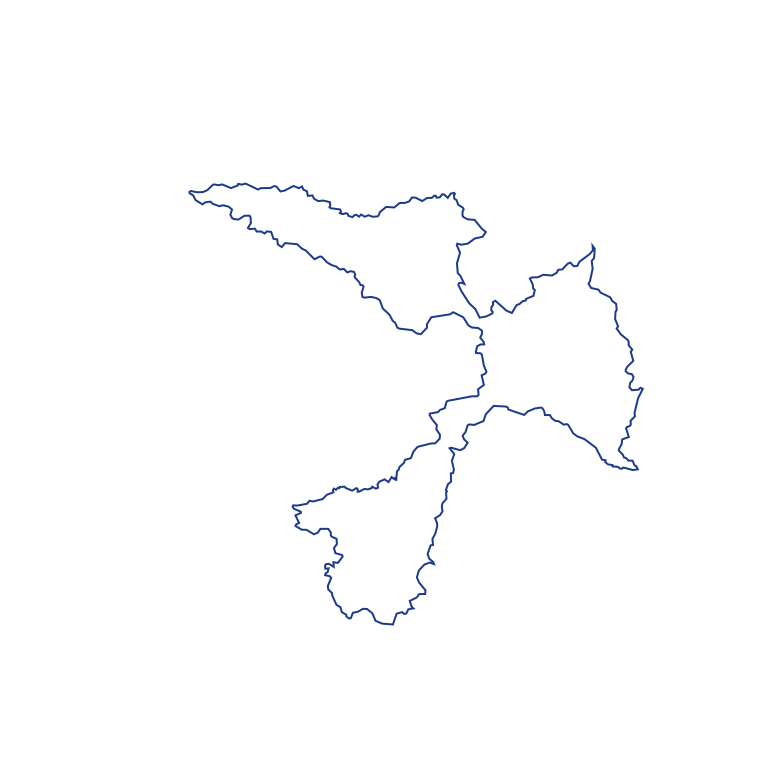 the district of Bocaiúva, Minas Gerais, Brazil, rotated 119°
{"feature_id": "56859067B89519159467190", "entity_name": "Bocaiúva", "entity_type": "district", "adm_level": 2, "iso_a3": "BRA", "parent_name": "Brazil", "parent_adm1": "Minas Gerais", "projection": "robinson", "projection_center": [-43.673, -17.387], "detail": "fine", "context": "isolated", "style": "outline", "palette": "blue", "viewbox_px": 768, "rotation_deg": 119, "n_neighbors": 0, "source": "geoboundaries", "source_scale": "gbopen_adm2", "svg_char_len": 6166}
<svg xmlns="http://www.w3.org/2000/svg" viewBox="0 0 768 768"><g transform="rotate(119 384 384)"><path d="M337.0,167.9L344.4,156.7L343.3,153.1L345.0,152.7L345.7,149.0L344.1,144.9L345.3,144.1L343.1,139.5L343.5,136.6L342.7,134.8L341.0,134.2L338.6,124.6L335.6,120.7L333.5,123.6L333.8,125.3L330.6,129.4L332.5,133.1L331.4,136.2L331.9,138.4L329.9,141.1L328.5,146.1L327.4,146.9L321.6,147.0L317.0,148.8L311.7,144.2L305.4,150.8L303.8,150.7L301.6,148.7L299.8,148.5L296.6,150.5L290.7,148.9L287.8,150.9L273.2,154.9L262.8,155.3L263.0,158.0L265.4,158.5L269.2,164.1L267.9,167.7L263.9,169.2L260.5,168.4L256.8,169.2L255.2,172.2L256.4,175.2L255.8,178.7L254.5,179.5L251.0,179.6L242.9,177.2L236.2,183.8L233.6,183.5L231.5,188.8L228.4,190.5L227.3,192.3L225.8,200.8L222.7,207.4L220.1,207.2L215.1,213.4L208.4,216.6L206.7,216.2L201.4,219.8L200.7,224.6L198.5,228.3L199.1,238.9L197.5,242.1L199.6,249.4L197.2,253.7L194.3,253.7L182.2,257.3L175.7,262.0L172.1,261.3L170.0,262.2L163.5,265.3L162.0,268.6L165.8,266.1L170.9,267.2L182.3,272.3L187.1,272.2L189.0,275.2L187.5,280.0L189.9,281.7L197.3,283.6L199.7,287.0L203.0,286.9L207.7,289.7L211.2,297.6L216.0,301.1L219.4,306.7L221.0,307.6L224.7,302.3L228.2,299.8L228.6,297.7L234.4,296.0L240.7,301.0L242.2,300.5L244.6,303.0L248.3,304.2L250.5,306.2L259.9,306.6L260.5,312.4L257.2,327.0L259.7,328.4L261.8,327.0L265.0,327.2L267.5,325.9L268.3,323.8L269.8,323.5L275.3,327.3L279.6,332.5L274.2,340.4L272.1,348.7L265.3,361.3L261.2,367.1L259.3,367.3L258.0,365.6L257.5,362.2L252.2,370.0L251.3,373.2L243.1,378.7L232.3,381.1L227.3,387.7L225.7,387.9L224.7,383.9L220.7,378.9L212.7,375.1L207.4,369.1L201.7,368.6L200.7,373.9L196.5,384.4L199.4,390.6L199.5,395.5L198.8,396.9L195.1,398.9L192.7,398.9L191.5,400.8L191.3,405.9L188.0,409.7L187.8,412.4L184.9,414.4L183.5,414.0L182.8,415.3L185.2,418.0L190.3,418.5L189.1,423.1L189.8,425.1L193.8,425.7L195.5,428.5L194.3,429.9L194.9,431.3L198.1,432.5L200.4,436.5L205.5,439.3L205.7,446.5L207.2,449.9L212.1,450.5L215.3,453.3L218.2,458.1L224.6,460.6L228.1,468.0L235.6,470.9L239.4,470.4L240.9,471.3L243.3,475.2L243.9,479.4L247.0,481.9L246.9,486.2L249.8,487.0L249.4,490.1L250.6,491.7L253.3,492.4L254.2,496.6L252.9,498.1L252.9,499.9L255.3,502.3L256.0,505.3L254.4,505.0L252.6,507.0L256.1,515.8L255.8,517.4L254.0,517.5L251.2,519.5L252.9,525.8L255.9,530.3L255.9,534.9L253.8,538.0L256.4,541.8L252.8,544.9L253.1,548.7L251.0,551.4L254.0,553.4L254.7,559.2L262.9,564.6L265.8,567.9L263.5,573.7L264.2,576.1L267.6,578.3L272.5,586.8L275.0,588.5L275.8,602.2L278.6,605.1L279.6,608.5L281.3,608.2L286.8,612.8L287.9,622.3L290.4,625.2L291.6,628.7L292.4,630.1L300.1,632.5L303.9,635.4L306.9,640.4L308.9,646.6L310.6,647.3L311.5,646.0L311.5,642.4L314.5,638.0L314.9,629.8L311.8,628.4L308.6,624.1L309.5,621.2L308.2,614.0L305.7,611.5L304.2,605.9L305.1,601.5L310.5,600.4L312.5,597.3L312.6,595.5L310.8,591.1L304.5,587.6L302.0,583.3L302.8,581.6L307.6,578.5L313.5,578.6L313.7,576.7L310.8,572.3L312.4,569.2L310.2,565.5L310.2,561.3L307.3,560.4L305.7,556.4L310.6,551.0L309.3,547.5L313.4,544.5L313.8,539.8L308.7,538.8L303.8,527.6L305.4,521.7L305.2,517.0L308.6,505.3L303.6,501.9L302.9,500.2L305.2,492.9L305.4,487.7L304.4,482.5L305.2,479.4L304.9,477.4L302.8,475.1L304.2,470.2L301.6,468.0L300.5,464.5L302.4,462.1L304.2,461.9L305.2,460.5L306.8,455.4L308.8,452.6L308.0,450.5L308.8,449.0L315.0,447.7L318.4,444.9L317.9,442.9L314.1,437.5L312.6,432.6L312.7,428.4L318.6,421.5L320.7,412.9L324.5,407.1L325.1,403.8L328.2,399.7L328.2,397.6L323.2,385.3L323.9,380.0L322.5,375.9L313.9,373.7L311.0,375.4L302.7,375.0L291.1,360.1L287.7,358.3L287.2,347.0L291.8,338.7L292.0,334.6L289.4,328.8L289.8,324.4L292.2,322.7L296.8,322.3L298.8,317.4L300.8,315.6L302.6,318.7L305.7,320.8L311.3,319.3L312.3,318.5L310.4,314.7L310.8,312.7L319.6,305.5L323.5,300.4L325.7,300.4L329.1,302.8L336.4,296.2L342.9,299.2L347.7,296.0L349.6,296.6L352.2,301.2L367.7,319.9L369.1,320.7L375.6,319.1L379.5,322.4L382.4,323.1L387.7,329.6L389.1,329.0L391.7,324.5L394.3,317.8L398.2,316.3L401.2,310.5L404.8,308.8L411.0,310.4L413.2,314.0L422.3,323.8L424.0,324.5L429.0,325.5L435.8,324.5L440.0,328.8L443.5,328.4L449.5,330.3L451.2,329.6L454.2,330.3L461.9,326.8L462.2,328.3L461.1,329.1L462.2,330.0L461.7,332.2L467.6,332.5L467.1,337.2L471.8,340.8L475.0,341.0L477.6,338.9L479.4,340.3L479.6,344.6L481.2,344.4L484.0,347.0L485.2,350.2L490.3,353.7L491.0,354.8L488.7,356.0L488.4,357.6L492.7,360.1L493.5,367.0L492.9,368.7L495.5,372.7L496.7,372.5L497.1,374.0L499.9,374.7L499.7,377.0L501.6,377.3L503.3,375.7L508.6,380.3L514.4,381.9L521.2,389.2L522.3,392.6L526.1,393.3L532.3,400.8L534.2,404.6L535.6,404.5L536.8,402.4L536.0,394.9L537.0,394.1L541.8,397.8L546.7,390.9L549.4,392.8L551.1,392.6L551.3,385.4L549.1,381.0L549.4,372.5L546.3,369.9L541.5,369.4L537.7,362.4L539.9,358.3L541.9,357.4L542.9,355.6L542.4,350.4L546.9,347.6L551.8,348.2L555.5,344.5L553.9,337.8L554.9,336.5L562.8,337.6L564.4,341.9L568.3,339.3L568.0,345.0L569.7,347.4L571.5,347.5L574.0,345.7L572.1,343.1L575.4,342.1L578.1,343.2L579.7,342.8L578.4,338.2L579.1,336.2L588.0,335.2L590.8,333.0L592.0,328.1L594.1,326.7L600.2,318.5L600.3,314.0L604.0,310.2L604.1,305.1L605.6,304.1L606.0,300.7L604.8,299.5L599.2,300.3L595.6,296.2L590.9,293.5L589.0,289.8L590.2,283.0L595.2,276.6L594.5,269.5L590.0,259.6L578.8,261.6L574.8,257.7L575.3,254.7L573.9,253.2L569.3,253.5L566.0,249.5L565.6,251.6L561.2,256.3L554.7,251.8L550.8,251.4L547.7,246.2L544.3,247.7L540.7,256.9L537.2,261.5L530.1,263.1L522.3,261.1L518.0,257.4L517.3,253.0L515.9,254.6L514.8,259.9L511.4,263.5L502.5,265.0L501.1,263.1L496.0,266.5L490.0,266.6L482.7,268.4L479.9,270.2L476.7,274.2L471.4,271.4L467.0,271.1L462.8,274.2L460.0,275.0L454.1,273.7L449.0,277.0L447.4,276.9L446.9,278.4L440.6,279.5L436.9,278.0L429.8,282.2L428.4,280.4L425.1,281.3L418.2,287.4L411.2,288.6L408.4,295.5L407.1,294.3L405.0,285.3L401.1,282.7L394.8,282.4L393.5,287.3L391.1,290.1L386.3,289.4L379.6,290.8L378.0,289.8L376.1,285.3L368.2,279.0L361.3,280.3L350.0,277.5L344.8,266.8L344.4,264.7L346.0,262.7L343.1,246.4L338.2,244.9L332.4,240.3L328.5,235.3L328.4,233.6L330.2,230.6L333.1,228.2L330.7,223.7L332.5,220.9L333.2,216.6L331.9,213.2L332.4,207.0L330.5,204.7L330.4,203.2L335.4,194.6L336.1,189.9L335.0,181.9L337.0,167.9Z" fill="none" stroke="#1e3a8a" stroke-width="2"/></g></svg>